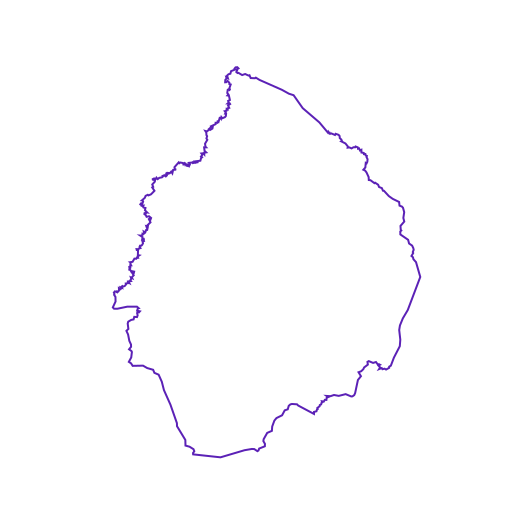 outline of Pha Khao, Loei, Thailand, rotated 251°
{"feature_id": "78962969B60178316826194", "entity_name": "Pha Khao", "entity_type": "district", "adm_level": 2, "iso_a3": "THA", "parent_name": "Thailand", "parent_adm1": "Loei", "projection": "orthographic", "projection_center": [102.064, 17.053], "detail": "fine", "context": "isolated", "style": "outline", "palette": "violet", "viewbox_px": 512, "rotation_deg": 251, "n_neighbors": 0, "source": "geoboundaries", "source_scale": "gbopen_adm2", "svg_char_len": 6106}
<svg xmlns="http://www.w3.org/2000/svg" viewBox="0 0 512 512"><g transform="rotate(251 256 256)"><path d="M192.3,103.6L189.1,113.5L185.5,116.6L181.9,121.7L178.6,121.9L175.5,125.3L167.8,126.0L159.2,125.3L143.3,126.7L123.7,126.8L120.8,125.9L105.1,129.3L99.7,127.6L97.3,131.1L93.7,134.0L91.5,134.1L90.2,132.3L88.9,132.0L77.2,156.9L76.1,181.9L74.9,189.3L74.0,191.5L71.0,193.8L71.3,195.0L72.9,196.3L73.2,202.4L75.4,203.3L78.6,202.7L80.3,203.6L85.1,209.0L85.5,214.1L89.5,215.8L94.4,219.8L96.1,222.6L96.9,228.8L100.7,232.9L100.7,236.1L103.7,238.2L104.5,240.2L104.4,241.8L102.4,246.5L100.9,247.2L87.8,259.4L89.7,260.1L89.5,262.6L91.2,263.8L91.3,264.6L92.4,264.6L93.2,267.2L94.3,267.8L94.5,269.3L96.0,270.3L96.1,271.0L97.2,271.0L96.3,272.7L97.6,274.3L97.0,275.7L99.0,276.7L99.1,278.3L100.7,277.2L99.2,280.8L99.2,284.5L96.8,288.7L96.2,295.8L92.2,300.3L91.9,301.5L92.5,303.6L94.1,305.1L105.6,312.0L108.2,316.1L112.7,315.1L112.8,318.0L114.1,320.7L115.4,321.9L116.9,326.4L119.6,326.9L119.9,328.4L116.8,331.9L116.7,334.9L113.6,335.9L113.7,337.0L112.8,337.8L112.5,336.1L110.2,337.1L109.0,335.6L109.1,338.4L107.8,338.7L107.6,340.9L106.3,342.0L106.9,345.5L108.0,345.9L108.4,347.8L115.0,353.3L123.9,362.6L129.9,365.2L139.4,367.3L143.5,369.5L149.2,374.5L155.5,381.9L182.7,404.5L198.1,405.3L201.7,403.8L203.7,404.0L205.4,403.0L207.6,405.6L208.7,405.5L210.5,407.1L212.2,407.3L215.0,407.0L218.0,404.8L221.8,405.1L229.4,399.5L232.2,400.4L232.8,401.7L233.7,401.4L237.4,402.4L240.3,407.4L244.0,407.7L249.2,410.4L253.7,410.7L255.2,410.1L256.9,408.1L260.5,408.9L265.5,403.9L269.4,401.1L276.0,398.2L276.4,397.3L279.2,397.1L281.2,394.8L283.6,394.7L286.5,392.5L286.3,391.7L290.4,388.9L291.1,387.4L294.0,388.2L299.0,387.7L301.2,387.0L302.6,385.6L304.1,388.2L308.3,390.1L307.6,390.7L308.8,391.9L311.2,393.0L313.6,392.7L314.5,393.4L315.5,392.4L316.8,392.6L317.2,391.2L318.4,391.4L319.5,389.4L322.1,390.2L321.9,388.7L324.2,388.5L324.2,387.4L325.6,387.6L327.1,385.8L326.5,385.2L327.1,383.5L326.6,381.4L328.3,379.6L328.6,377.9L329.7,378.5L333.3,377.2L336.6,374.0L336.7,374.7L338.3,374.6L340.2,373.6L342.3,374.1L343.7,373.5L345.6,371.1L344.7,370.1L347.4,367.1L347.4,365.8L348.7,365.7L348.8,365.0L349.8,364.8L349.1,364.2L361.7,359.4L380.6,348.3L395.8,343.9L398.7,340.0L404.7,334.6L421.3,316.7L424.7,313.9L424.4,312.9L426.0,308.9L429.0,308.7L429.0,307.7L431.6,305.0L431.6,301.8L434.9,299.0L435.0,298.1L436.4,297.3L437.6,298.5L438.5,298.2L439.1,300.5L440.6,299.8L441.0,298.1L440.1,296.6L439.1,296.6L438.9,292.6L436.7,291.1L436.8,289.2L436.0,287.4L433.3,287.3L434.7,286.1L433.5,286.0L432.5,284.3L430.3,283.4L430.0,284.4L430.8,286.1L428.5,287.2L427.2,286.8L426.4,287.9L423.5,285.6L421.9,285.5L421.6,284.9L422.6,284.4L422.4,283.4L419.5,281.9L417.8,282.5L417.1,281.3L416.4,282.6L412.0,282.1L411.7,280.1L410.0,280.2L409.5,279.0L408.9,280.8L408.1,281.0L407.5,278.6L404.8,278.9L404.9,277.5L403.7,276.9L404.6,276.1L402.9,275.3L403.1,273.6L401.4,274.1L400.6,273.2L400.2,274.0L398.2,273.1L397.4,271.8L397.2,269.0L398.6,268.5L397.3,267.7L398.3,267.5L398.5,266.7L395.0,264.2L395.7,263.5L394.5,262.8L395.1,261.2L393.8,260.7L393.3,255.6L392.6,255.7L392.1,257.1L390.7,256.3L390.2,254.0L391.8,253.9L391.3,252.7L390.7,252.9L389.8,250.1L390.7,248.8L388.9,249.2L386.5,248.5L385.2,248.8L383.3,247.4L381.7,247.8L378.8,244.4L375.9,243.8L375.0,244.2L375.6,242.3L372.1,241.6L370.2,242.6L370.5,240.7L369.0,240.2L370.3,239.7L370.7,237.8L369.2,238.3L367.9,236.4L366.9,237.1L366.4,235.9L364.2,234.4L365.0,230.7L363.7,231.0L363.9,229.5L365.0,229.7L365.5,228.4L364.3,228.1L365.0,227.1L363.6,226.7L365.1,226.4L365.9,222.9L364.1,223.3L362.8,222.0L363.8,221.7L363.3,220.8L363.7,220.2L365.1,221.6L364.6,219.9L366.0,219.5L365.4,218.7L367.0,218.5L366.4,217.2L367.7,217.2L369.0,214.9L368.7,213.7L369.7,213.4L366.5,207.8L364.6,207.6L363.7,208.6L364.4,205.7L361.4,203.8L363.4,203.3L362.4,201.6L363.6,199.0L363.4,198.3L362.5,198.9L362.6,198.3L361.7,198.1L361.9,197.1L361.0,197.5L360.6,196.6L362.2,195.3L362.1,193.7L361.4,193.7L361.0,192.7L361.4,190.0L360.7,188.1L362.4,187.4L361.6,186.7L362.5,184.9L362.3,183.4L361.8,183.3L360.5,185.2L359.2,184.5L357.4,181.2L354.8,181.3L354.6,180.2L350.7,181.2L348.5,176.8L348.3,174.1L349.1,173.6L348.8,171.2L347.2,169.8L345.7,166.2L345.3,166.9L344.2,167.0L343.0,166.0L343.2,164.4L342.5,163.4L341.7,163.9L342.2,165.4L341.5,165.0L341.1,165.7L341.2,164.5L340.7,164.3L340.3,165.9L339.7,165.2L338.5,165.4L337.4,167.1L335.4,165.9L332.7,167.2L333.2,166.3L332.4,165.9L332.8,164.6L332.0,164.1L330.5,165.1L328.7,165.3L328.4,167.8L326.1,169.2L324.8,168.1L326.1,167.6L325.8,166.7L322.2,167.2L320.1,162.7L319.5,162.8L319.6,163.6L318.6,163.0L319.6,162.0L318.2,162.0L317.9,162.7L316.1,161.6L316.4,160.6L314.4,159.0L315.6,157.9L314.0,157.8L313.5,157.0L314.1,156.0L312.3,155.4L313.1,155.3L312.4,154.6L313.0,153.2L310.7,154.9L308.6,153.7L308.6,155.4L307.9,155.3L307.5,153.8L307.5,154.8L306.6,154.9L306.5,153.4L304.8,153.3L303.6,152.0L303.1,150.9L303.5,149.7L302.7,149.0L301.1,149.3L301.2,147.5L300.6,147.0L301.4,145.3L300.5,145.2L299.8,146.3L295.3,144.6L294.6,145.8L294.1,143.8L292.7,143.9L293.0,142.5L292.4,141.9L293.1,140.2L290.7,137.4L291.1,135.0L290.5,135.4L289.4,134.6L287.7,134.9L287.9,134.0L286.2,133.4L286.7,132.6L285.5,132.3L285.3,132.8L284.3,131.8L283.6,132.6L281.1,133.1L281.1,134.0L281.8,134.2L280.9,135.7L279.5,134.8L279.2,133.7L277.6,134.1L276.3,131.6L275.4,131.7L276.4,130.7L275.1,130.7L274.0,129.3L273.0,129.6L273.5,127.2L271.7,127.4L272.9,126.3L272.0,126.0L272.4,123.9L271.4,123.8L270.4,122.2L270.3,120.2L271.1,119.8L270.7,118.8L269.5,118.9L270.3,117.9L269.3,118.0L268.7,117.1L270.2,115.9L268.1,115.3L267.2,114.2L267.8,113.2L267.0,112.8L268.5,111.1L267.7,109.7L266.1,109.8L265.5,109.2L263.1,109.8L258.7,108.4L254.0,103.9L252.4,104.6L251.3,107.6L250.0,117.8L246.9,126.9L244.8,128.1L244.8,127.1L243.0,125.8L241.5,128.2L240.8,126.9L241.5,126.2L240.8,125.0L238.5,124.8L237.0,123.6L238.1,121.1L235.9,119.6L236.2,117.2L235.5,113.8L233.9,112.7L228.6,111.6L227.4,109.1L223.5,109.5L217.0,108.6L213.0,109.0L210.8,108.3L209.1,105.6L206.7,107.3L205.6,107.4L200.7,105.0L197.3,101.3L195.2,102.9L192.3,103.6Z" fill="none" stroke="#5b21b6" stroke-width="2"/></g></svg>